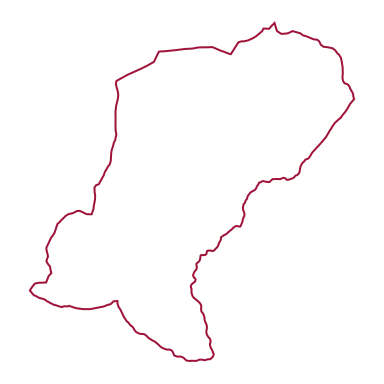 the district of Bara, Samchi, Bhutan
{"feature_id": "84629894B92719198389791", "entity_name": "Bara", "entity_type": "district", "adm_level": 2, "iso_a3": "BTN", "parent_name": "Bhutan", "parent_adm1": "Samchi", "projection": "equal_earth", "projection_center": [88.859, 27.193], "detail": "fine", "context": "isolated", "style": "outline", "palette": "rose", "viewbox_px": 384, "rotation_deg": 0, "n_neighbors": 0, "source": "geoboundaries", "source_scale": "gbopen_adm2", "svg_char_len": 5804}
<svg xmlns="http://www.w3.org/2000/svg" viewBox="0 0 384 384"><path d="M354.1,99.3L353.8,98.7L353.7,97.7L353.3,96.4L353.2,94.5L352.4,92.5L350.3,88.8L349.9,88.1L349.8,87.3L349.2,86.1L347.6,84.4L346.4,83.8L345.1,83.5L344.5,83.1L344.0,82.6L343.3,81.2L343.0,80.6L342.6,79.0L342.5,77.1L342.8,73.2L342.6,67.2L341.9,62.5L341.0,58.0L338.9,54.5L337.4,53.4L335.3,50.4L332.6,48.3L328.1,47.3L323.7,46.8L320.9,44.9L319.2,41.3L317.1,39.7L313.5,39.3L309.3,37.5L305.8,36.1L302.9,35.3L300.1,33.2L296.3,32.2L292.6,31.1L287.9,33.3L283.4,33.8L281.2,33.8L277.0,31.1L274.5,23.0L271.4,26.1L269.1,28.8L263.5,28.5L262.2,31.1L256.2,36.2L252.5,38.4L248.0,40.4L243.7,41.4L241.6,41.3L238.4,42.3L230.8,54.2L229.0,53.8L226.7,52.8L225.1,52.2L223.5,51.6L221.6,51.0L219.1,50.0L217.1,49.1L213.2,47.4L212.0,47.1L206.9,47.3L202.3,47.3L198.1,47.5L192.3,48.6L185.8,48.9L179.0,49.7L175.1,50.2L163.0,51.4L161.4,51.3L158.8,51.8L153.9,61.9L146.2,66.2L140.4,69.0L134.7,71.6L127.3,74.9L116.4,81.0L115.9,84.2L116.7,87.6L117.6,90.6L118.3,94.6L118.1,97.0L117.6,100.0L116.2,105.5L115.5,111.4L115.5,114.2L115.5,117.0L115.6,118.7L115.5,120.7L115.5,122.5L115.5,125.0L115.6,129.8L115.8,131.5L116.4,134.5L115.8,136.8L115.1,140.5L113.9,142.4L113.5,144.3L112.7,147.2L111.7,150.0L111.2,153.2L110.8,160.7L109.7,164.5L108.0,166.4L106.8,168.8L104.8,172.0L103.9,175.0L98.7,184.3L96.1,185.2L94.5,187.4L94.6,188.7L94.5,190.2L94.7,192.7L95.2,195.8L95.0,199.6L94.7,200.8L94.5,202.7L93.9,205.2L93.5,208.9L91.6,214.3L87.0,214.2L85.6,213.7L84.0,212.9L82.5,212.1L80.9,211.4L79.3,210.8L76.8,211.1L73.5,212.9L71.0,213.6L68.8,214.0L65.6,215.9L63.9,217.7L61.2,220.3L59.4,222.3L57.5,223.9L55.6,229.6L54.5,232.8L53.4,234.6L52.1,236.5L51.1,237.6L49.5,241.1L47.3,245.8L46.4,247.7L46.5,250.2L47.3,253.1L48.0,256.3L46.4,261.1L47.2,262.8L48.7,265.0L50.0,266.4L50.5,269.6L51.3,273.2L48.6,276.1L46.1,282.5L38.0,282.8L34.7,283.7L31.5,287.9L29.9,290.5L33.5,294.9L35.1,295.7L37.2,296.7L39.0,297.8L40.7,298.3L42.9,298.8L45.3,299.8L46.7,301.1L48.7,302.0L49.9,302.9L52.1,303.8L53.3,304.6L54.8,305.0L57.0,305.6L60.1,306.7L62.0,307.0L64.2,306.2L65.5,306.4L66.8,306.3L68.2,306.3L69.0,305.8L72.4,307.0L76.3,308.2L79.2,308.6L83.0,309.1L87.3,309.1L90.1,309.1L93.6,308.5L96.8,307.8L99.8,307.3L104.1,306.4L107.5,304.9L110.6,304.2L113.6,301.3L117.4,301.0L117.5,303.5L118.6,306.9L120.3,309.5L122.2,313.2L123.4,316.1L125.1,318.7L126.6,321.1L128.5,322.7L130.3,325.1L132.8,327.1L134.5,330.0L136.1,332.0L139.4,333.7L144.3,334.2L146.6,335.9L148.3,337.8L151.5,339.9L154.8,341.6L157.6,343.9L161.0,347.1L164.4,348.8L166.4,349.5L169.3,349.5L171.7,350.4L173.1,352.5L174.1,355.3L177.4,356.7L180.6,356.5L183.4,357.7L186.4,360.5L189.6,361.0L191.8,360.7L194.0,360.9L196.7,360.8L199.6,359.6L202.5,359.7L204.8,360.3L207.6,359.3L210.3,359.2L212.9,356.7L213.7,354.6L213.7,353.9L213.0,352.5L212.2,350.2L211.9,349.7L211.0,348.2L210.4,346.6L210.0,345.1L209.9,344.0L210.2,343.2L210.5,342.0L210.6,341.1L210.3,339.8L210.0,338.9L209.5,338.3L209.0,337.8L207.6,335.9L206.9,334.6L206.5,333.2L206.3,332.4L206.3,331.8L206.6,329.9L206.9,327.6L206.9,327.0L206.9,326.2L206.4,324.5L206.1,323.6L205.6,322.7L205.3,321.9L204.9,320.9L204.5,319.3L204.5,318.5L204.5,317.8L204.3,316.9L204.1,316.2L203.8,315.2L203.1,313.7L202.8,313.2L202.1,312.4L201.4,311.5L201.3,310.8L201.1,309.1L201.1,308.4L201.3,306.7L201.1,305.3L200.5,304.1L199.8,303.0L198.5,301.8L197.8,301.1L196.2,299.7L193.9,297.9L192.7,296.4L192.3,295.4L191.7,293.4L191.5,292.5L191.5,290.9L191.5,289.8L191.6,289.0L191.3,288.3L190.9,287.5L190.9,285.7L191.3,284.9L192.6,283.4L194.2,282.3L195.0,281.6L195.4,280.5L195.6,279.5L195.2,278.5L194.8,278.1L194.2,277.8L193.8,277.3L193.1,275.6L193.3,274.5L193.5,273.9L193.7,273.3L194.2,272.2L195.0,271.0L196.1,269.7L196.6,269.0L196.7,267.9L196.8,267.1L196.8,266.4L196.5,265.6L196.3,264.8L196.4,263.7L197.2,263.1L198.4,262.0L199.1,261.3L199.8,260.2L200.0,259.4L200.3,258.0L200.4,257.0L200.5,255.7L201.4,255.0L202.4,255.1L202.9,255.1L203.8,255.1L205.4,254.9L206.0,254.4L206.4,254.0L206.5,253.4L206.7,252.6L206.8,251.9L207.2,250.9L207.8,250.6L210.9,250.6L211.6,250.7L212.3,251.1L213.0,251.0L213.8,250.6L214.3,250.3L215.3,249.1L217.3,247.1L217.7,246.5L218.6,244.4L218.9,243.4L219.0,242.8L219.7,241.8L220.0,241.3L220.6,240.2L220.9,239.3L220.9,238.6L220.9,237.8L221.2,237.1L221.9,236.7L223.7,235.3L225.5,234.5L226.6,233.8L228.2,232.3L230.2,230.6L231.8,229.4L232.5,228.5L234.6,226.7L235.9,226.1L236.8,226.1L237.6,226.1L239.4,226.6L240.1,226.6L240.7,225.8L241.1,225.0L242.3,222.0L242.6,221.1L242.9,219.1L243.3,218.0L243.7,217.1L244.3,216.0L244.5,215.0L244.4,214.1L244.3,213.0L244.1,212.2L243.2,210.2L243.0,208.6L243.0,207.7L243.0,206.8L243.4,205.4L243.6,204.1L244.3,203.6L244.8,203.0L245.2,202.0L245.4,201.2L245.9,200.2L246.8,199.1L247.3,197.9L247.4,197.0L248.2,195.3L249.3,194.1L249.9,193.2L250.7,192.3L251.1,192.0L251.6,191.7L252.4,191.3L253.1,190.9L254.5,190.2L255.0,189.8L255.6,189.1L256.2,188.1L257.1,186.1L258.6,183.9L259.0,182.7L260.4,182.3L261.3,181.8L262.5,181.2L263.4,181.1L264.9,181.5L265.6,181.7L267.4,182.0L268.2,182.0L268.9,182.1L269.7,181.8L270.2,181.3L271.6,180.0L272.6,179.1L273.1,179.1L274.6,179.1L275.5,179.0L276.8,179.1L278.3,179.0L279.0,179.0L280.0,179.2L280.8,178.8L282.4,178.3L283.3,177.8L283.9,177.9L284.8,178.1L285.6,178.6L286.7,179.7L287.2,179.9L287.8,179.8L288.8,179.6L289.7,179.3L291.1,178.8L292.1,178.5L293.4,177.9L294.2,177.2L295.3,175.9L296.0,175.4L297.4,175.0L298.6,173.7L299.1,173.1L299.5,172.0L299.7,171.0L300.1,168.5L300.4,167.0L301.5,164.5L301.8,163.8L302.8,162.6L303.9,161.7L305.5,159.5L307.3,159.0L308.2,158.5L308.8,158.1L309.9,156.4L310.6,155.4L311.4,153.9L312.3,152.5L321.0,143.0L326.0,137.1L329.1,131.8L329.8,130.5L331.3,128.4L332.2,126.7L334.7,123.1L339.4,118.7L340.4,118.2L342.4,115.3L345.5,111.6L347.4,108.7L348.5,106.7L349.5,104.8L351.2,102.5L354.1,99.3Z" fill="none" stroke="#9f1239" stroke-width="2"/></svg>